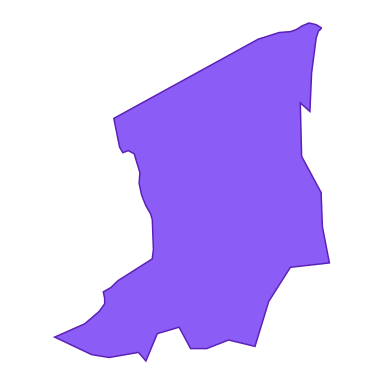 the border of Dundagas
{"feature_id": "LVA-5721", "entity_name": "Dundagas", "entity_type": "Municipality", "adm_level": 1, "iso_a3": "LVA", "parent_name": "Latvia", "parent_adm1": "", "projection": "orthographic", "projection_center": [22.37, 57.579], "detail": "fine", "context": "isolated", "style": "filled", "palette": "violet", "viewbox_px": 384, "rotation_deg": 0, "n_neighbors": 0, "source": "natural_earth", "source_scale": "10m", "svg_char_len": 740}
<svg xmlns="http://www.w3.org/2000/svg" viewBox="0 0 384 384"><path d="M113.8,118.4L258.1,39.2L279.2,32.5L290.6,31.6L296.2,29.6L302.3,25.8L308.9,23.0L316.1,24.6L321.2,27.7L321.0,28.8L318.5,31.1L316.2,37.8L311.6,73.1L309.9,111.5L300.3,102.9L301.6,156.3L321.1,192.5L322.4,226.7L329.4,262.9L290.4,267.3L268.7,301.5L255.0,346.4L228.5,340.0L206.7,348.6L190.6,348.6L179.1,327.2L157.3,333.6L145.9,361.0L138.5,352.4L109.1,357.5L91.6,354.6L54.6,337.1L84.7,323.8L99.3,311.3L104.7,303.7L104.6,298.1L103.3,291.8L110.8,287.6L118.0,280.6L152.2,258.9L153.4,249.5L152.3,219.8L150.6,213.9L145.8,205.6L141.5,194.7L139.1,183.2L139.9,172.7L134.2,153.8L128.3,150.6L122.9,152.7L119.6,147.2L113.8,118.4Z" fill="#8b5cf6" stroke="#5b21b6" stroke-width="1.5"/></svg>